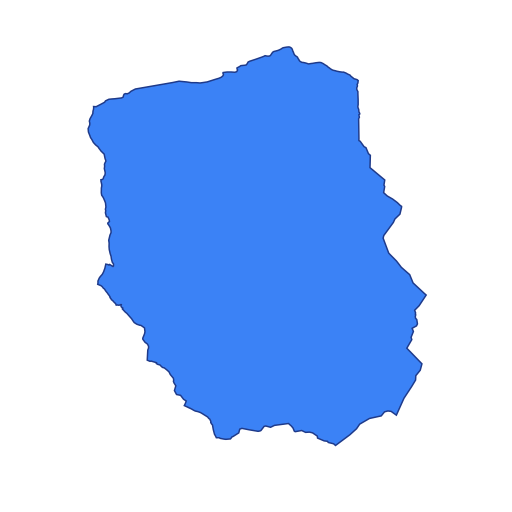 the district of Baia De Aries, Alba, Romania, rotated 350°
{"feature_id": "2599482B67435785044540", "entity_name": "Baia De Aries", "entity_type": "district", "adm_level": 2, "iso_a3": "ROU", "parent_name": "Romania", "parent_adm1": "Alba", "projection": "robinson", "projection_center": [23.287, 46.379], "detail": "fine", "context": "isolated", "style": "filled", "palette": "blue", "viewbox_px": 512, "rotation_deg": 350, "n_neighbors": 0, "source": "geoboundaries", "source_scale": "gbopen_adm2", "svg_char_len": 5644}
<svg xmlns="http://www.w3.org/2000/svg" viewBox="0 0 512 512"><g transform="rotate(350 256 256)"><path d="M366.6,437.1L377.0,421.8L386.8,411.4L391.6,405.9L392.6,401.6L397.9,397.0L400.7,391.0L388.5,373.0L394.9,365.4L394.6,363.0L397.9,357.7L397.2,354.3L401.9,352.7L403.2,350.9L403.3,346.5L402.3,345.0L402.4,343.1L403.1,341.7L402.8,340.9L403.3,339.8L402.8,337.0L408.0,333.3L416.8,324.0L414.9,321.6L406.0,309.8L404.1,301.0L401.8,298.2L397.1,292.3L395.3,288.8L393.5,285.4L393.3,285.1L388.4,278.0L387.2,276.2L384.3,260.5L385.4,258.0L397.1,246.8L399.2,243.7L405.0,239.8L407.7,233.6L408.0,232.4L406.7,231.1L404.5,228.0L400.4,223.6L395.7,219.7L392.7,215.8L394.8,209.9L394.3,208.4L396.0,203.5L383.6,188.8L386.1,176.7L384.5,174.7L383.1,168.4L381.4,167.1L378.5,161.1L377.4,160.2L377.5,159.4L377.7,158.6L378.3,154.9L380.9,138.7L381.9,137.3L381.8,134.8L382.3,134.5L382.9,134.1L382.8,133.1L382.4,132.0L382.5,130.6L382.6,129.4L382.3,128.2L382.2,126.7L382.9,124.6L383.7,119.9L384.6,113.3L384.9,111.9L384.2,109.6L384.3,108.7L384.4,107.9L384.7,107.4L385.3,106.5L385.5,105.5L385.4,104.6L386.4,103.3L386.7,102.2L387.1,101.0L386.9,100.8L386.2,99.9L384.9,99.2L383.4,98.5L383.0,98.1L382.1,97.0L380.7,95.5L380.1,94.3L379.0,93.5L377.8,92.7L376.7,91.7L375.0,90.6L374.1,90.1L372.9,89.9L371.0,89.3L370.1,89.0L369.4,88.7L367.8,88.1L366.0,87.2L365.0,86.8L363.7,86.2L361.7,84.5L361.0,83.6L360.0,82.7L359.4,81.9L358.8,81.1L356.9,79.5L355.7,78.3L354.2,77.2L353.8,76.9L353.3,76.7L352.3,76.4L351.5,76.3L350.2,76.2L348.5,76.1L347.1,76.1L344.9,76.1L343.7,76.0L342.6,76.0L341.6,76.0L340.9,75.9L340.2,75.5L339.5,75.1L338.7,74.7L337.4,74.1L335.8,73.5L334.9,73.3L334.4,73.0L333.9,72.5L333.2,72.0L332.8,71.4L332.5,70.9L332.3,69.9L331.8,69.1L331.6,68.3L331.4,67.5L331.0,66.9L330.3,66.3L329.6,65.6L329.0,64.8L328.8,64.4L328.7,64.0L328.5,63.6L328.4,62.9L328.3,62.4L328.2,61.6L328.0,61.1L327.8,60.6L327.8,60.0L327.7,59.3L327.6,58.7L327.3,57.9L327.1,57.5L326.7,57.1L326.3,56.7L325.5,56.1L324.7,55.8L323.7,55.7L322.7,55.6L321.0,55.6L319.5,55.6L318.4,55.7L317.3,56.2L316.3,56.6L314.6,57.1L313.0,57.4L310.7,57.6L309.2,57.7L308.2,58.0L307.3,58.7L306.5,59.5L305.5,60.6L304.7,61.2L303.8,61.4L302.6,61.3L301.5,61.0L299.7,60.3L298.5,60.7L296.5,61.1L289.9,62.2L283.6,63.1L281.9,63.6L280.8,65.0L279.6,66.1L278.3,66.2L275.7,66.0L274.1,65.9L272.9,66.5L269.9,67.5L269.8,68.5L270.2,69.6L269.0,71.1L267.1,71.4L263.5,70.5L259.6,69.8L257.8,69.7L255.5,69.6L255.2,70.0L255.4,71.9L254.6,72.9L252.9,73.9L250.5,74.5L246.3,75.0L241.8,75.6L238.2,76.1L234.3,76.0L230.9,75.9L227.2,74.9L222.5,74.1L218.1,72.6L210.6,70.5L204.0,70.7L166.2,70.6L161.4,72.1L159.4,73.4L157.4,73.9L155.6,73.4L154.3,73.7L153.5,74.7L152.8,76.4L151.1,77.0L147.6,76.8L144.0,76.6L141.1,76.3L138.3,76.1L134.7,77.1L133.6,78.3L129.0,79.8L124.5,81.2L122.0,80.6L121.9,81.7L121.4,83.5L120.9,84.4L120.4,85.8L120.1,87.3L118.7,89.2L116.4,92.0L115.3,94.2L115.4,96.3L115.0,98.1L112.8,101.4L112.5,104.8L113.3,108.7L113.6,110.6L114.6,112.9L115.6,116.0L117.3,118.7L119.4,121.1L120.1,122.8L121.0,124.5L121.5,125.6L123.0,127.7L124.2,129.4L124.2,131.2L124.3,134.2L124.6,135.3L124.6,136.6L123.5,138.0L122.7,139.3L122.5,141.4L121.8,143.6L122.0,147.4L121.7,148.9L121.1,150.3L120.2,151.1L119.5,152.2L119.0,153.3L118.1,153.9L116.5,154.0L116.5,154.4L116.3,155.4L116.4,157.1L116.5,158.6L116.3,160.2L115.5,162.3L115.3,163.5L115.0,164.9L114.6,167.0L114.6,169.4L115.3,170.9L115.9,172.5L116.7,176.0L117.0,177.6L116.8,180.2L116.7,181.7L115.8,183.8L115.9,185.3L115.2,187.3L115.3,188.6L115.5,191.2L116.0,191.5L117.0,192.0L117.7,194.9L117.7,196.5L115.7,197.9L115.7,198.7L116.2,199.6L116.7,200.8L117.5,203.1L117.6,206.1L117.3,207.8L115.8,210.1L113.7,214.9L113.6,217.8L112.9,221.2L112.6,224.2L112.8,228.4L113.2,231.1L113.1,233.9L113.4,237.3L114.3,239.1L113.9,241.1L113.3,241.5L112.5,240.8L110.4,238.9L109.6,239.4L108.9,238.8L106.7,237.9L105.0,241.9L103.1,245.2L101.4,247.4L99.1,249.2L97.8,250.5L96.0,253.2L95.7,255.1L95.2,256.4L98.2,258.3L99.1,259.3L99.5,260.0L100.2,261.4L101.0,262.1L101.5,263.2L101.6,263.7L102.5,265.4L103.2,266.6L103.6,267.6L104.7,269.7L105.2,271.2L105.0,271.6L105.8,273.0L106.0,273.9L106.5,274.4L107.3,275.2L107.6,276.0L109.5,278.6L109.8,280.1L111.4,280.2L111.7,280.5L112.7,280.7L114.2,280.4L114.6,280.4L114.9,280.5L114.4,281.5L114.4,282.6L115.8,284.2L115.2,284.9L117.5,288.5L118.9,290.1L121.0,293.6L122.6,296.2L123.6,298.5L124.5,300.4L126.8,302.5L129.3,303.9L130.7,304.4L133.7,307.4L133.5,311.3L132.7,313.3L130.2,317.3L130.1,318.4L131.8,321.8L133.3,323.3L133.9,324.1L134.5,326.2L134.2,328.0L133.1,329.8L130.8,339.7L133.3,341.3L134.5,341.3L139.5,343.8L139.2,344.6L140.5,345.7L142.5,346.6L143.2,347.7L144.3,349.2L145.1,349.8L146.2,350.2L148.4,352.7L150.2,355.0L151.0,357.8L153.4,362.0L153.4,363.8L152.9,365.2L153.3,367.0L154.5,369.9L152.3,374.4L153.7,378.6L157.5,380.1L158.6,382.2L159.8,384.5L162.1,386.7L160.9,388.8L159.4,390.9L165.7,395.3L166.7,396.1L167.6,396.9L169.2,398.1L171.8,399.2L174.1,400.5L175.4,401.6L180.5,406.2L180.9,407.1L181.4,407.9L182.2,408.7L182.5,410.1L182.8,410.8L182.5,412.4L183.0,412.9L183.1,413.7L183.8,414.8L183.8,419.6L184.2,424.5L184.7,425.7L185.4,428.1L188.2,428.6L189.1,429.4L192.8,430.8L194.5,431.3L199.1,431.7L201.1,429.9L202.0,429.8L208.3,427.2L209.9,423.7L212.2,423.3L219.2,426.0L227.6,429.0L229.5,429.0L230.6,428.7L234.4,425.2L236.1,425.1L240.6,427.2L244.8,426.0L258.9,426.6L261.3,429.6L262.6,431.9L263.3,435.1L264.1,435.8L270.7,435.8L274.2,438.3L278.0,438.7L281.0,440.0L285.1,444.0L285.0,446.0L291.0,449.9L294.2,450.9L294.8,452.2L299.8,454.4L301.4,456.4L317.3,448.4L325.0,443.6L328.9,439.6L339.5,435.7L351.6,435.2L355.5,431.8L359.0,431.5L362.1,432.5L366.6,437.1Z" fill="#3b82f6" stroke="#1e3a8a" stroke-width="1.5"/></g></svg>